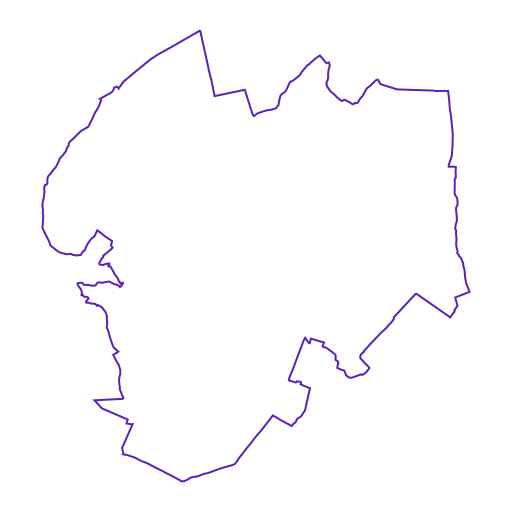 the district of Mihai Bravu, Tulcea, Romania
{"feature_id": "2599482B59610234858680", "entity_name": "Mihai Bravu", "entity_type": "district", "adm_level": 2, "iso_a3": "ROU", "parent_name": "Romania", "parent_adm1": "Tulcea", "projection": "albers", "projection_center": [28.649, 44.954], "detail": "fine", "context": "isolated", "style": "outline", "palette": "violet", "viewbox_px": 512, "rotation_deg": 0, "n_neighbors": 0, "source": "geoboundaries", "source_scale": "gbopen_adm2", "svg_char_len": 5849}
<svg xmlns="http://www.w3.org/2000/svg" viewBox="0 0 512 512"><path d="M469.5,291.9L467.8,287.2L467.1,285.8L466.2,283.2L465.1,277.3L464.6,270.7L464.3,269.3L463.5,266.5L463.1,263.0L461.6,259.7L461.1,258.2L459.7,256.8L459.0,255.6L458.5,254.3L458.0,254.2L457.2,252.9L457.2,252.6L457.7,251.3L456.8,248.7L456.1,244.2L456.5,238.5L456.0,233.6L456.1,230.7L455.9,229.9L455.3,229.4L455.3,227.9L455.8,224.0L456.5,222.6L456.9,220.5L456.9,218.2L456.6,214.7L456.0,209.6L456.2,207.4L457.2,205.6L457.6,204.4L457.6,203.2L457.5,200.6L457.1,198.2L456.6,197.1L455.3,195.3L454.6,193.7L454.8,178.6L455.7,178.1L455.8,175.3L455.6,173.2L455.8,166.9L452.8,166.7L448.7,166.7L448.7,165.3L451.8,155.9L452.5,146.0L452.8,134.3L450.9,115.1L449.9,109.4L449.4,103.6L449.4,102.2L448.1,90.9L434.8,91.0L433.8,90.6L397.2,89.4L382.1,84.7L380.1,83.7L379.1,81.6L377.8,79.6L377.1,79.7L375.6,80.5L374.9,81.1L373.9,82.4L372.0,83.9L371.0,85.1L369.6,86.3L366.9,88.2L362.3,96.4L360.2,98.5L357.8,102.6L356.8,103.1L354.6,103.1L353.3,104.3L353.0,104.3L351.2,103.4L350.1,102.5L344.2,99.6L343.8,99.7L342.6,100.8L341.7,100.9L341.1,100.6L336.4,96.8L335.2,95.3L330.8,91.6L329.6,90.2L326.8,85.9L326.8,84.5L326.4,82.8L326.7,81.8L327.6,80.3L327.8,79.6L328.1,77.9L328.2,73.0L328.6,69.6L329.5,66.9L329.7,64.5L328.9,62.5L326.3,63.1L319.9,55.5L316.5,57.7L310.9,62.4L309.5,64.0L307.8,64.9L302.0,71.6L299.8,75.2L292.9,80.7L290.3,81.8L289.6,82.7L286.1,90.5L284.8,92.0L282.0,94.1L280.6,95.4L279.8,98.0L279.3,100.4L278.5,104.9L275.9,108.3L271.5,109.7L267.3,110.2L262.2,111.7L257.0,113.6L254.5,115.8L253.5,115.9L252.2,113.2L244.8,89.8L214.6,96.1L211.6,81.1L208.7,69.7L208.1,66.4L200.3,31.2L199.9,30.7L199.4,30.9L171.8,46.8L158.1,54.4L151.3,58.8L136.8,70.5L124.5,80.8L123.0,82.3L120.3,86.2L118.8,87.8L118.6,88.5L117.5,87.1L116.7,86.6L114.1,87.8L113.6,89.6L111.6,92.4L99.8,98.9L101.1,100.2L100.0,103.3L98.7,106.5L96.5,110.5L95.0,112.6L92.2,119.0L88.4,126.6L80.7,131.2L76.0,135.8L73.9,138.1L70.7,140.9L69.4,142.3L68.8,143.5L68.4,146.1L66.9,147.9L65.9,151.4L64.5,152.9L63.4,154.7L60.0,158.1L58.2,162.5L55.4,167.8L54.5,168.4L50.6,173.6L49.9,174.2L48.3,176.2L47.8,177.1L47.5,178.4L47.3,180.3L47.4,181.8L47.4,182.9L47.1,183.8L46.4,184.7L45.2,184.8L44.5,186.4L44.3,187.5L44.2,189.4L44.5,191.8L43.8,197.2L42.6,202.7L42.5,205.0L42.6,207.7L42.9,209.2L42.8,213.6L43.3,216.1L42.5,227.5L42.7,228.4L44.9,233.2L48.8,240.8L50.0,243.7L50.4,245.5L53.4,247.8L55.7,249.8L58.6,251.8L61.4,253.0L67.2,254.3L70.4,253.8L71.7,254.2L72.4,254.8L74.7,255.1L75.7,255.5L80.6,255.0L83.3,251.2L84.9,250.2L85.4,248.5L87.0,245.1L88.0,243.2L89.8,240.7L91.8,238.3L94.1,236.6L95.1,234.9L97.3,230.3L101.8,233.6L102.6,234.4L104.7,236.1L112.0,241.0L111.9,242.2L111.0,244.9L111.3,245.9L112.5,247.3L112.6,247.7L112.2,248.2L108.0,251.9L103.3,255.6L103.1,256.2L103.3,257.2L102.3,257.8L101.2,259.4L100.9,260.3L99.6,262.2L99.3,262.9L99.3,264.0L99.9,264.6L102.0,264.9L102.5,264.8L103.2,265.1L104.9,264.2L107.3,263.6L109.2,263.5L109.5,263.9L109.4,264.3L108.4,265.3L108.2,265.7L108.3,266.2L108.6,266.4L110.2,266.4L110.5,266.6L111.0,267.8L112.1,269.3L114.7,274.1L117.9,278.5L118.4,279.8L118.5,280.5L118.9,281.2L119.5,282.2L119.9,282.3L120.1,282.9L120.6,283.4L120.8,283.1L121.0,282.9L121.5,283.4L122.0,283.3L122.4,283.8L122.6,283.1L123.0,282.9L123.1,283.1L120.8,286.5L119.8,287.1L118.9,285.9L117.9,285.1L115.7,284.4L114.5,284.3L109.2,281.5L101.7,282.8L100.0,282.4L98.1,282.4L97.1,283.1L95.6,285.4L93.9,285.7L91.8,285.6L86.6,284.8L84.2,284.9L83.7,284.6L82.3,282.9L81.7,282.7L79.3,282.9L77.6,283.3L77.4,283.6L77.7,284.4L78.9,286.7L80.8,289.1L81.3,290.3L82.2,294.2L81.4,294.7L81.4,294.9L81.6,295.2L82.7,295.1L84.1,296.7L84.6,296.9L86.7,296.8L88.3,297.7L88.4,298.0L88.5,298.5L88.3,298.9L87.0,300.1L86.2,301.3L86.1,302.1L86.3,302.6L86.9,302.8L87.5,302.4L90.9,303.5L94.2,303.7L94.8,304.0L95.5,304.0L96.9,305.7L97.7,305.1L98.1,305.1L98.5,305.6L99.7,305.9L102.1,307.4L104.0,310.2L105.0,311.1L106.6,314.7L106.8,316.0L106.9,320.7L107.2,321.9L107.1,324.0L106.7,327.4L106.8,327.9L107.3,328.6L108.5,331.5L109.2,334.5L110.5,338.9L112.2,344.0L113.2,346.5L113.9,347.5L115.1,348.8L118.3,351.5L117.2,352.5L113.2,354.8L115.8,360.0L118.8,365.2L120.3,370.0L120.2,373.6L119.9,375.4L119.5,376.7L119.2,378.2L119.1,379.5L119.1,382.0L119.4,384.5L119.8,386.6L119.8,389.4L123.3,397.9L123.3,398.3L122.7,398.9L121.9,398.9L94.5,400.3L101.9,408.4L127.7,419.5L126.7,422.7L126.6,423.5L130.7,424.2L132.6,424.1L122.9,446.2L122.0,447.7L123.4,453.7L123.0,454.3L127.5,455.1L133.8,457.2L135.5,457.9L141.1,460.9L148.1,463.6L153.5,466.6L163.6,471.6L166.7,473.4L169.4,474.6L179.8,480.2L181.4,481.3L183.4,481.3L185.0,480.8L187.8,479.5L190.8,477.5L198.3,476.2L203.6,474.0L208.4,472.9L220.4,468.5L232.9,464.9L234.9,463.9L237.6,460.5L238.3,459.0L246.8,448.1L251.3,442.7L253.9,439.0L262.0,429.5L272.9,415.4L280.0,419.7L291.7,426.0L293.6,423.6L295.6,422.2L296.6,420.0L297.2,418.9L298.2,418.1L300.9,416.5L305.0,410.4L310.0,388.1L308.8,387.8L300.6,384.4L301.1,382.4L300.7,381.9L296.8,381.3L296.1,382.3L295.5,382.4L294.1,382.2L293.2,381.7L289.5,380.6L289.0,380.2L288.8,379.4L291.1,373.2L291.7,372.2L293.8,366.9L296.4,359.6L303.9,340.0L305.2,337.8L308.5,342.5L309.4,343.2L309.8,343.2L310.9,338.6L319.3,341.2L323.0,342.1L324.0,342.5L322.7,346.0L322.7,346.5L327.0,348.2L334.7,354.0L335.6,355.2L335.7,358.3L335.5,358.7L335.4,359.4L335.6,359.9L338.1,361.6L338.4,362.2L337.2,367.8L339.9,369.2L344.3,370.7L345.0,372.3L346.0,375.3L348.3,377.0L349.8,377.7L351.1,377.8L354.0,377.0L361.2,374.3L362.3,375.0L365.8,372.7L368.8,369.0L369.3,368.3L369.3,367.8L369.2,367.4L365.8,364.1L360.2,358.0L360.4,356.0L360.6,355.1L361.5,353.8L364.0,351.7L364.0,351.2L364.2,350.7L372.5,341.7L381.8,332.0L385.7,328.6L388.9,324.8L391.5,322.3L393.9,318.8L393.7,317.9L394.0,317.1L415.5,294.0L416.2,293.6L450.3,317.4L451.4,315.6L453.2,313.1L454.6,311.6L454.4,310.2L457.5,305.8L455.2,297.5L469.5,291.9Z" fill="none" stroke="#5b21b6" stroke-width="2"/></svg>